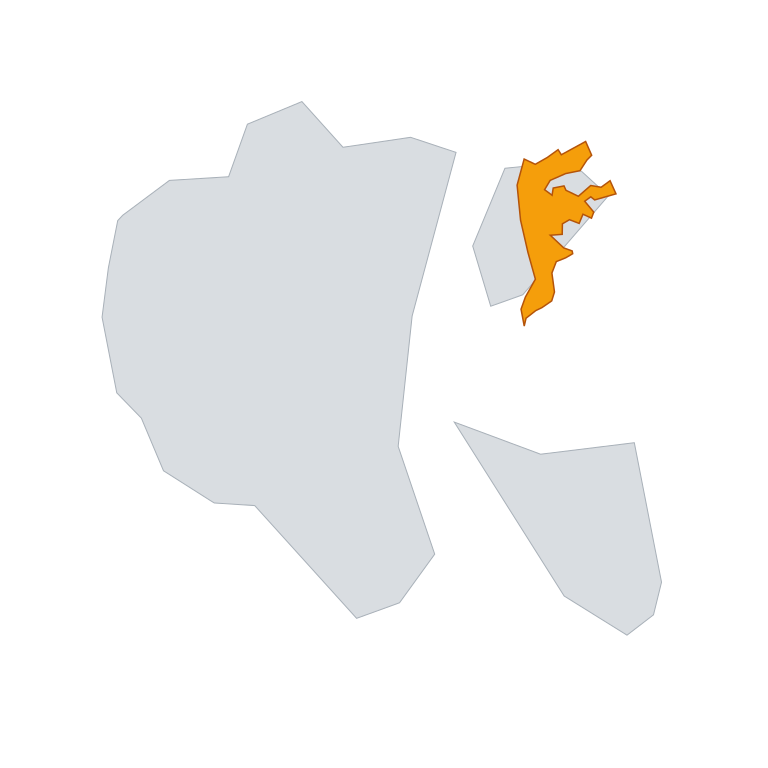 Southern highlighted on a map of Hong Kong S.A.R., rotated 259°
{"feature_id": "HKG-5156", "entity_name": "Southern", "entity_type": "state/province", "adm_level": 1, "iso_a3": "HKG", "parent_name": "Hong Kong S.A.R.", "parent_adm1": "", "projection": "natural_earth1", "projection_center": [114.195, 22.231], "detail": "fine", "context": "in_parent", "style": "filled", "palette": "amber", "viewbox_px": 768, "rotation_deg": 259, "n_neighbors": 0, "source": "natural_earth", "source_scale": "10m", "svg_char_len": 1338}
<svg xmlns="http://www.w3.org/2000/svg" viewBox="0 0 768 768"><g transform="rotate(259 384 384)"><path d="M299.6,194.7L302.9,191.1L340.9,151.0L396.8,139.3L426.3,120.0L503.4,120.0L550.6,135.6L595.2,153.8L599.5,159.7L624.8,212.2L617.1,271.0L665.1,299.5L676.9,357.3L624.2,388.9L621.1,457.1L597.6,498.9L445.4,424.6L320.1,386.0L207.3,401.3L166.3,357.5L159.2,312.4L289.3,233.9L299.6,194.7ZM278.6,618.5L136.5,618.6L106.0,604.5L91.1,574.6L141.5,520.4L333.2,445.7L285.2,524.3L278.6,618.5ZM555.2,618.4L525.9,640.1L445.1,537.2L440.0,503.6L502.5,497.4L572.7,543.9L568.8,586.1L555.2,618.4Z" fill="#d9dde1" stroke="#a8b0b8" stroke-width="1"/><path d="M578.1,564.5L570.8,574.4L575.2,587.5L580.8,599.6L575.2,601.8L583.6,628.2L568.9,631.5L565.1,625.9L556.0,617.1L555.9,602.4L552.2,586.0L544.1,578.7L537.2,585.0L544.1,587.5L544.1,598.5L539.4,599.6L531.2,610.6L539.4,624.8L535.7,634.7L540.4,644.7L526.4,648.0L524.5,625.9L528.3,622.7L525.1,615.9L512.7,622.7L507.2,619.3L512.7,611.7L504.4,606.2L509.9,597.4L507.2,589.7L496.9,587.5L498.3,575.6L483.3,586.4L478.7,594.1L475.9,594.1L473.2,586.4L471.3,576.5L460.9,570.0L441.8,568.9L433.6,564.5L428.8,553.5L427.1,547.0L421.5,536.0L414.1,532.7L431.3,532.8L442.4,539.4L458.0,552.6L473.1,551.4L485.7,550.4L504.1,549.8L518.8,549.3L553.8,552.6L578.1,564.5Z" fill="#f59e0b" stroke="#b45309" stroke-width="1.5"/></g></svg>